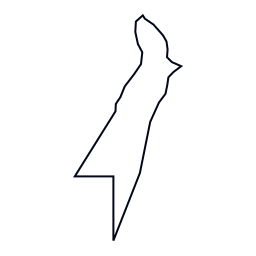 the border of Buikwe
{"feature_id": "UGA-5597", "entity_name": "Buikwe", "entity_type": "District", "adm_level": 1, "iso_a3": "UGA", "parent_name": "Uganda", "parent_adm1": "", "projection": "equal_earth", "projection_center": [33.033, 0.062], "detail": "fine", "context": "isolated", "style": "outline", "palette": "ink", "viewbox_px": 256, "rotation_deg": 0, "n_neighbors": 0, "source": "natural_earth", "source_scale": "10m", "svg_char_len": 476}
<svg xmlns="http://www.w3.org/2000/svg" viewBox="0 0 256 256"><path d="M142.8,15.4L144.9,18.7L153.4,24.5L162.9,35.2L166.5,41.5L167.6,49.5L167.0,57.2L171.9,62.1L181.2,66.2L173.6,71.9L168.4,77.3L167.3,84.9L165.5,93.8L159.0,102.4L150.2,121.9L139.9,173.0L113.4,240.6L113.4,176.4L74.8,176.4L101.6,133.5L115.5,111.3L115.8,104.0L120.4,97.1L124.8,86.3L134.1,74.2L141.0,64.1L142.3,52.3L137.9,44.0L135.3,31.9L135.9,21.5L142.8,15.4Z" fill="none" stroke="#020617" stroke-width="2"/></svg>